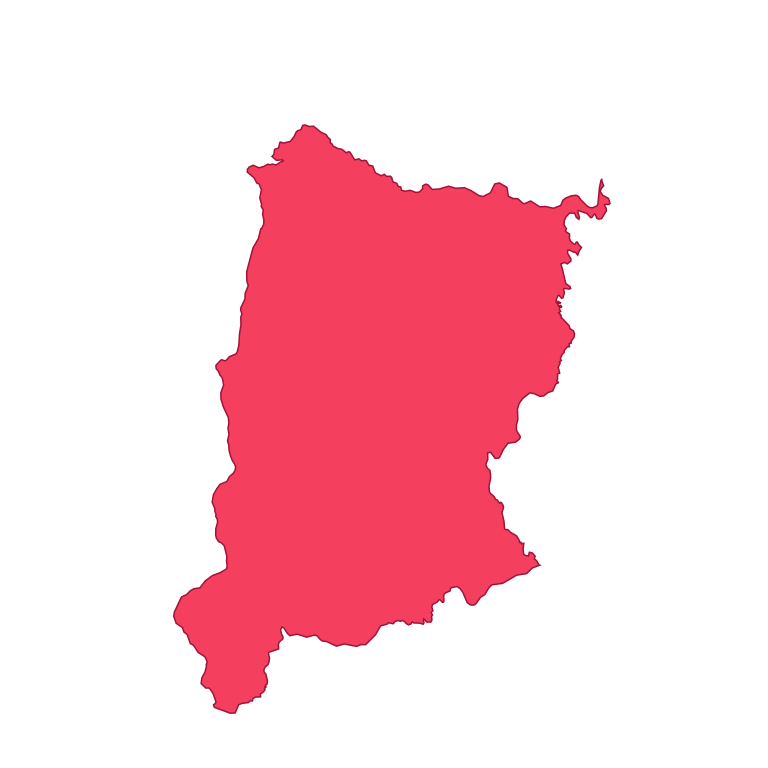 Nóvita, Chocó, Colombia (Natural Earth projection), rotated 163°
{"feature_id": "7082276B8825594364674", "entity_name": "Nóvita", "entity_type": "district", "adm_level": 2, "iso_a3": "COL", "parent_name": "Colombia", "parent_adm1": "Chocó", "projection": "natural_earth1", "projection_center": [-76.662, 4.842], "detail": "fine", "context": "isolated", "style": "filled", "palette": "rose", "viewbox_px": 768, "rotation_deg": 163, "n_neighbors": 0, "source": "geoboundaries", "source_scale": "gbopen_adm2", "svg_char_len": 6171}
<svg xmlns="http://www.w3.org/2000/svg" viewBox="0 0 768 768"><g transform="rotate(163 384 384)"><path d="M539.3,451.0L540.0,447.7L538.7,444.9L538.2,440.0L537.0,438.0L537.1,433.7L537.8,429.7L542.6,423.3L544.3,417.3L544.3,409.2L542.7,397.5L543.9,391.6L546.2,387.2L546.9,381.3L550.3,375.3L550.3,370.9L551.6,365.7L551.8,360.2L551.4,354.9L550.2,351.1L550.2,347.9L551.8,344.8L554.1,342.8L558.8,340.7L562.8,336.7L570.1,336.0L574.5,332.8L579.5,328.0L582.9,321.2L582.2,314.5L582.9,311.7L582.8,308.3L583.6,306.8L583.0,303.0L583.7,300.2L587.1,294.9L589.1,288.9L589.4,285.7L588.3,281.7L585.7,279.3L584.1,276.0L584.7,264.8L586.3,261.0L587.2,255.9L588.4,253.5L589.8,252.9L595.8,251.5L604.0,251.0L612.3,248.1L619.7,242.9L625.6,243.8L629.8,242.9L634.1,240.4L640.0,239.5L651.3,227.0L653.0,223.4L652.7,215.9L648.0,210.0L647.8,205.2L645.5,202.0L645.1,192.2L643.5,191.1L642.2,188.7L640.2,181.6L635.0,175.5L634.2,170.0L636.0,167.7L636.5,165.6L639.3,161.0L644.1,156.2L646.5,151.0L643.3,145.3L640.5,144.5L639.6,143.5L637.9,137.6L637.6,129.3L638.2,128.2L640.9,127.0L640.7,124.3L627.4,114.2L622.5,112.9L616.7,119.8L613.0,120.1L607.0,119.0L604.5,120.1L602.5,119.4L601.3,121.4L598.5,122.2L593.5,120.9L592.7,123.9L590.2,124.4L587.3,126.2L587.3,127.9L586.4,128.2L586.4,129.3L585.4,128.9L585.1,130.8L583.8,131.0L582.3,133.6L581.8,140.9L582.8,143.8L582.6,145.5L580.5,148.0L577.2,149.4L575.6,151.2L573.7,155.0L573.2,160.4L572.4,161.1L562.2,161.4L561.2,165.5L559.9,167.7L555.3,169.8L554.5,171.6L555.1,174.8L554.8,179.1L552.6,181.4L551.0,179.9L549.5,174.2L547.6,170.8L540.2,170.2L532.0,164.5L523.8,164.2L521.7,162.9L519.6,158.1L517.9,156.1L514.3,154.6L506.1,147.2L498.0,147.0L486.9,141.1L482.3,141.5L477.8,140.1L465.4,146.7L458.0,153.7L451.0,153.5L449.6,154.4L445.2,152.0L443.1,153.5L439.9,153.8L437.6,152.2L435.6,152.5L433.6,150.6L433.2,149.0L431.1,146.5L428.2,146.7L426.7,148.3L425.4,146.8L419.8,144.9L416.8,142.8L415.5,144.0L415.6,146.1L414.6,147.7L412.7,143.8L408.6,142.7L407.1,144.4L406.4,148.1L405.2,148.7L405.7,151.6L403.5,152.9L403.5,156.6L402.2,158.9L396.4,160.1L394.5,161.6L393.3,160.9L391.9,158.1L390.9,158.0L390.1,159.0L388.9,163.9L388.0,165.4L386.1,166.3L381.5,166.7L379.9,169.1L378.7,169.6L373.3,168.9L371.1,166.2L369.5,161.7L368.4,150.7L365.8,147.4L362.9,146.3L360.4,146.9L354.1,151.8L349.2,153.1L343.2,158.5L339.6,160.4L328.9,158.7L313.0,162.4L303.0,161.0L295.9,164.7L288.0,165.2L288.8,165.9L289.6,170.2L291.3,172.8L289.8,175.2L291.5,179.0L294.2,180.6L296.2,177.3L298.9,178.7L300.2,180.3L299.2,185.6L296.9,190.8L299.0,190.9L299.1,192.4L300.7,193.0L300.3,194.3L301.6,200.0L306.6,205.4L308.1,208.5L310.3,209.3L311.0,210.4L309.4,217.7L308.8,226.5L305.8,230.9L305.6,233.1L306.4,236.2L307.1,236.8L308.3,236.2L309.5,239.8L311.0,241.0L311.6,244.2L314.4,248.6L314.6,250.5L313.4,255.8L309.5,262.9L308.5,266.7L308.0,270.5L309.8,273.2L310.2,277.2L306.7,281.7L305.1,287.8L302.0,287.6L299.5,280.4L296.3,279.5L294.9,280.1L288.9,286.6L282.8,291.1L275.4,289.9L271.0,291.5L269.5,292.7L269.1,294.4L270.7,299.9L270.6,301.9L269.2,306.5L266.5,310.5L263.7,321.0L260.3,326.0L255.2,329.8L246.9,332.9L242.6,330.4L238.6,326.7L234.7,325.9L229.7,327.9L224.7,328.0L219.6,333.9L216.9,334.2L216.7,334.9L217.8,335.2L218.0,336.7L216.8,337.4L215.1,342.8L212.8,343.0L212.5,349.1L209.6,352.1L209.5,354.0L207.5,354.5L207.9,356.8L204.8,360.3L202.6,361.4L201.4,363.8L197.6,366.0L195.8,365.4L195.2,368.5L192.9,368.4L192.5,370.1L188.6,373.1L187.1,376.4L187.3,379.4L190.0,382.7L189.9,385.6L195.3,396.4L194.5,397.9L195.4,398.4L195.1,399.4L196.2,401.0L193.8,401.8L194.3,403.4L193.7,406.4L192.1,405.4L191.5,405.9L192.0,407.4L194.4,407.5L194.5,410.1L192.3,409.5L191.4,410.1L193.4,412.2L194.9,410.8L195.6,411.5L194.6,414.4L191.7,417.7L190.6,417.6L189.2,414.1L187.7,414.1L184.8,418.5L184.6,422.0L183.9,422.8L178.7,420.5L177.6,420.8L177.7,423.0L180.8,426.8L179.7,443.0L180.0,447.1L175.7,447.4L173.7,445.3L169.4,446.8L168.7,449.0L170.2,455.4L169.2,458.2L167.3,457.8L164.3,454.8L162.2,453.8L161.1,450.6L158.3,454.3L155.2,456.9L156.8,459.7L157.7,463.3L158.6,463.5L160.2,461.9L161.4,462.1L163.8,465.9L164.1,468.8L162.7,473.2L165.9,476.9L164.1,479.2L165.3,483.3L164.1,487.0L161.6,490.2L156.7,493.2L152.3,491.9L151.6,490.6L151.4,487.1L149.5,484.5L148.3,486.4L148.4,491.8L147.5,493.1L140.1,487.8L137.7,482.6L136.6,482.5L133.1,485.0L132.3,483.9L132.0,480.1L130.3,478.9L127.6,478.5L120.7,484.6L120.1,487.2L121.0,490.1L120.4,491.1L116.4,489.9L115.0,490.7L115.1,495.9L119.6,500.5L121.0,504.7L119.3,507.2L116.0,509.3L116.3,514.8L115.6,516.5L117.1,515.1L120.7,508.5L126.8,493.6L128.4,492.0L133.2,491.6L135.8,492.7L137.6,494.6L141.9,502.5L143.0,506.3L145.0,508.3L149.6,509.2L156.0,508.7L159.2,507.4L162.8,503.1L170.4,502.5L178.0,506.7L183.2,507.8L190.2,516.1L196.6,515.4L198.3,516.0L201.7,521.9L206.5,523.8L210.2,527.3L208.9,536.1L215.0,542.6L219.6,542.9L226.3,535.8L234.2,534.3L238.1,536.4L244.0,543.3L249.5,548.1L258.3,550.3L264.5,554.3L274.1,554.3L281.0,556.0L283.5,561.3L285.4,562.9L289.0,562.3L290.2,559.2L294.0,557.3L297.4,557.8L302.4,561.6L307.6,562.2L310.6,564.2L310.4,567.5L312.5,568.7L313.1,572.2L316.3,574.6L316.3,579.3L317.1,580.8L320.8,581.8L322.5,584.5L325.7,583.9L330.5,588.5L331.1,595.8L334.5,597.7L335.6,602.5L337.2,603.6L340.2,604.0L342.2,606.7L346.5,606.9L348.7,615.6L350.1,616.6L352.2,615.9L355.6,620.7L359.1,622.6L363.1,626.3L363.6,629.0L364.9,630.3L363.8,633.4L365.6,636.3L366.3,639.2L370.6,643.1L376.1,651.2L380.3,652.1L383.7,654.8L386.1,655.1L389.3,651.3L392.3,651.6L394.2,650.7L397.7,646.9L402.6,643.4L410.4,643.9L411.5,645.4L412.9,645.5L415.8,640.6L420.1,640.3L422.1,635.9L424.6,634.3L421.5,629.3L415.7,628.1L415.1,626.7L418.4,626.5L423.0,625.0L426.6,627.0L429.2,627.0L430.7,628.2L435.3,627.2L440.3,627.3L445.1,631.4L449.5,630.9L451.8,629.3L452.8,626.6L448.0,619.3L446.9,613.4L445.0,611.8L444.4,605.7L448.4,598.3L448.5,591.9L449.5,589.6L448.6,585.8L450.4,582.0L451.0,575.7L452.4,571.9L455.1,568.9L456.5,568.4L461.6,559.8L469.6,552.3L482.5,531.5L485.1,522.3L485.1,517.7L490.2,511.4L492.1,505.9L498.8,498.6L499.5,496.4L499.4,492.7L501.4,489.8L503.5,482.4L507.6,474.0L511.5,463.5L515.0,457.6L516.9,456.0L523.8,455.4L528.1,452.7L529.5,452.8L532.5,454.8L539.3,451.0Z" fill="#f43f5e" stroke="#9f1239" stroke-width="1.5"/></g></svg>